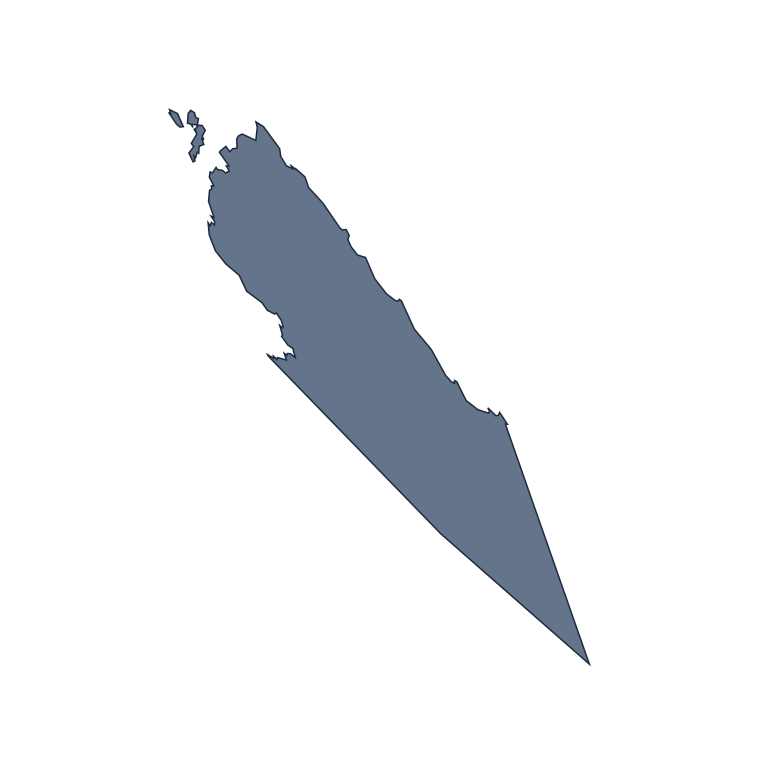 the district of Vardø nor, Finnmark, Norway, rotated 238°
{"feature_id": "86288312B8683339582307", "entity_name": "Vardø nor", "entity_type": "district", "adm_level": 2, "iso_a3": "NOR", "parent_name": "Norway", "parent_adm1": "Finnmark", "projection": "equal_earth", "projection_center": [30.933, 70.337], "detail": "medium", "context": "isolated", "style": "filled", "palette": "slate", "viewbox_px": 768, "rotation_deg": 238, "n_neighbors": 0, "source": "geoboundaries", "source_scale": "gbopen_adm2", "svg_char_len": 1972}
<svg xmlns="http://www.w3.org/2000/svg" viewBox="0 0 768 768"><g transform="rotate(238 384 384)"><path d="M284.5,467.3L298.6,467.0L296.9,464.6L297.7,462.1L308.8,459.4L304.7,459.0L303.9,457.2L312.5,450.0L326.4,444.9L347.6,446.9L349.6,445.6L347.3,444.1L350.3,442.3L358.6,440.8L388.1,442.4L414.4,438.8L445.4,442.8L447.7,441.9L446.8,439.9L448.9,437.7L459.1,433.9L478.0,431.9L501.1,435.4L507.4,429.9L517.9,428.8L525.6,429.9L528.4,433.2L535.1,433.7L536.7,430.3L539.6,429.3L570.0,428.0L590.4,424.2L601.5,426.7L614.2,423.0L612.5,423.0L618.2,420.9L615.1,420.4L620.7,416.9L631.7,417.0L638.8,420.2L666.0,418.2L674.1,414.3L668.9,412.6L658.5,404.4L671.1,396.2L671.5,391.8L669.7,388.8L661.8,384.4L663.7,380.3L662.8,376.3L669.3,375.9L668.4,368.8L667.7,367.2L651.1,368.1L652.5,365.9L646.6,365.6L646.9,361.5L650.9,360.1L654.0,356.5L656.7,356.4L653.9,350.4L656.0,348.9L652.0,345.5L642.3,344.7L643.6,342.6L640.7,341.3L640.7,338.7L631.9,332.0L615.4,328.1L618.0,326.3L611.6,326.5L608.7,324.5L612.5,323.2L610.3,320.5L614.0,320.3L603.0,314.8L586.2,311.6L569.5,313.5L553.1,318.8L535.3,316.7L517.8,323.6L508.1,324.2L501.2,328.4L501.3,330.3L492.6,330.6L485.8,328.8L485.3,327.7L488.9,326.6L479.2,323.9L478.8,322.4L467.9,323.1L462.6,325.5L453.5,322.8L459.3,320.7L461.1,318.2L459.7,316.8L462.9,315.7L456.1,313.9L462.9,307.7L461.4,306.2L466.4,305.0L464.5,303.9L470.6,300.8L468.8,300.7L226.8,352.8L37.6,409.7L285.7,465.7L284.5,467.3ZM683.3,340.9L673.5,339.8L673.3,341.8L677.8,343.7L675.7,344.0L679.5,348.5L677.9,349.2L683.5,353.1L682.6,358.1L688.5,359.4L689.1,360.4L686.3,360.5L690.5,361.3L693.9,366.9L699.6,366.7L702.5,362.9L707.4,367.3L709.5,365.6L714.5,367.0L718.5,365.1L717.3,361.4L709.3,355.5L706.8,357.9L702.8,358.0L706.0,358.4L703.2,362.4L701.2,362.3L700.4,359.3L697.9,358.2L701.4,358.0L695.1,357.8L690.2,348.1L686.0,348.3L683.3,340.9ZM728.4,345.3L714.7,345.7L710.1,347.0L708.6,350.2L722.7,352.2L730.4,347.5L726.4,346.3L728.4,345.3Z" fill="#64748b" stroke="#1e293b" stroke-width="1.5"/></g></svg>